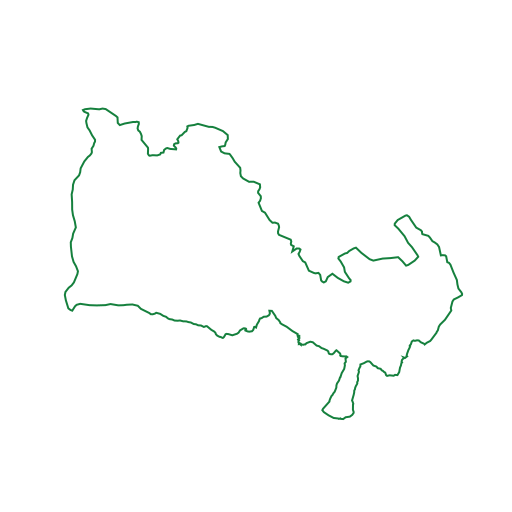 the district of Mehadica, Caras-Severin, Romania, rotated 349°
{"feature_id": "2599482B63819893367743", "entity_name": "Mehadica", "entity_type": "district", "adm_level": 2, "iso_a3": "ROU", "parent_name": "Romania", "parent_adm1": "Caras-Severin", "projection": "robinson", "projection_center": [22.203, 45.07], "detail": "fine", "context": "isolated", "style": "outline", "palette": "green", "viewbox_px": 512, "rotation_deg": 349, "n_neighbors": 0, "source": "geoboundaries", "source_scale": "gbopen_adm2", "svg_char_len": 6114}
<svg xmlns="http://www.w3.org/2000/svg" viewBox="0 0 512 512"><g transform="rotate(349 256 256)"><path d="M404.7,375.0L407.2,373.7L410.7,372.7L412.0,371.7L418.6,365.7L419.0,364.9L420.3,363.7L422.0,360.2L423.7,358.4L429.3,354.7L437.3,346.8L437.3,344.2L440.2,338.1L441.9,336.4L446.4,335.2L450.7,333.7L451.1,332.6L450.7,330.9L448.5,326.6L448.3,322.3L448.6,317.9L446.7,309.8L445.2,301.6L444.1,299.5L442.6,298.6L442.6,292.6L441.8,291.5L441.2,291.3L439.5,290.8L437.6,290.7L437.4,282.1L436.2,279.2L434.0,276.8L432.0,275.1L430.2,271.0L429.0,269.1L423.5,266.3L423.4,265.0L423.6,263.7L422.8,262.2L418.7,258.7L414.9,249.9L413.8,246.7L411.9,244.8L410.3,244.9L402.0,247.7L398.4,250.7L398.0,252.2L400.9,256.3L405.6,264.9L407.8,272.1L410.8,277.1L414.7,286.1L415.1,287.7L410.9,290.8L403.8,293.8L401.5,294.1L398.7,289.1L395.3,284.3L387.5,283.7L379.9,282.7L370.3,282.9L366.9,280.8L360.0,273.0L355.7,266.9L353.3,267.2L348.4,268.9L346.1,270.4L343.8,270.5L337.0,272.7L336.4,274.2L338.1,277.6L340.3,284.0L340.2,288.5L343.1,295.6L344.3,297.7L343.9,299.0L341.4,299.8L337.4,297.6L332.1,293.1L327.6,288.0L322.4,290.4L319.7,294.2L317.5,294.9L316.1,293.7L315.3,292.4L315.4,286.8L314.1,284.5L311.1,284.4L309.6,283.7L305.1,280.5L303.1,271.7L301.0,270.0L298.6,264.3L298.1,262.1L299.7,260.2L300.9,258.1L299.8,256.9L297.4,256.4L292.5,258.5L294.9,253.7L292.6,251.8L292.5,250.6L293.4,248.5L293.2,246.6L282.6,239.6L282.0,237.9L282.3,236.1L284.2,232.1L284.2,230.3L283.8,228.5L281.0,226.8L278.5,226.5L276.2,223.3L273.1,215.2L270.4,212.9L268.7,204.2L270.5,202.6L271.8,200.3L272.1,198.2L270.1,194.4L270.5,192.8L272.1,191.2L273.2,189.4L273.5,186.4L268.0,182.7L263.3,181.8L258.1,177.4L256.4,174.8L256.4,171.6L257.1,169.1L257.3,166.4L253.1,159.4L251.7,155.4L249.9,151.5L249.4,150.7L244.7,149.2L241.7,146.8L240.8,142.1L243.5,141.9L246.2,142.1L247.0,141.0L247.9,138.7L250.7,135.8L251.3,131.9L247.4,127.1L240.4,122.3L237.9,121.0L234.3,120.2L224.2,115.2L220.4,115.6L214.6,115.3L213.3,115.7L213.3,117.1L211.4,120.2L209.8,120.6L206.0,123.3L204.5,123.3L201.0,126.4L201.6,128.4L201.5,130.0L200.7,130.4L198.6,130.1L197.0,130.6L196.4,132.0L197.9,134.3L198.2,135.3L197.9,136.1L192.2,134.5L189.6,133.1L188.3,133.2L186.1,134.3L184.9,136.8L182.3,136.6L181.3,138.0L178.2,138.4L173.7,137.3L170.8,137.3L170.1,136.8L169.4,135.0L170.5,130.4L170.6,129.0L165.8,120.2L166.7,116.5L166.4,114.2L165.7,111.8L164.4,110.3L164.1,108.2L164.8,106.3L166.2,104.0L166.4,102.3L164.6,101.4L163.2,101.5L160.9,101.0L152.4,100.9L147.3,101.5L145.7,99.0L146.5,93.5L145.2,91.8L136.5,83.1L133.5,82.0L130.1,82.1L121.8,79.7L116.2,79.3L114.0,79.7L114.3,80.7L114.9,81.6L118.4,84.0L118.5,85.4L116.6,88.1L115.0,91.0L114.9,93.2L115.1,97.6L116.6,100.9L118.1,106.2L120.2,111.2L119.8,113.0L118.7,114.3L117.5,116.8L115.1,119.3L114.7,122.8L114.0,124.0L112.1,125.6L109.9,126.7L105.5,130.4L100.6,136.5L99.4,140.2L97.7,143.1L92.3,147.0L90.0,151.1L88.8,155.8L86.8,160.3L85.8,167.9L84.4,175.4L84.1,181.0L84.7,187.3L84.6,193.6L80.8,199.1L79.2,203.3L76.8,207.2L76.1,211.5L75.3,221.2L75.8,227.0L77.4,231.8L78.3,237.0L77.2,239.7L72.2,247.2L69.4,249.7L66.1,251.4L62.1,254.9L60.9,257.8L60.9,263.2L61.8,271.6L63.6,273.6L65.2,274.6L68.8,270.8L70.6,269.7L74.3,269.4L83.2,272.5L90.2,274.1L98.8,275.5L104.0,275.4L111.5,278.2L116.5,279.0L119.9,279.2L125.4,280.0L130.5,282.3L132.9,285.9L140.6,291.8L141.5,293.0L143.4,293.5L145.7,293.3L147.2,292.7L150.9,294.5L153.6,297.1L156.1,298.5L157.6,300.4L158.9,301.4L161.7,302.4L163.7,303.8L166.8,304.6L169.1,304.8L172.0,306.2L175.1,306.9L177.1,308.0L179.3,308.8L181.9,310.9L184.1,311.6L186.0,313.0L188.7,313.7L191.3,315.7L193.6,315.3L194.5,315.6L198.1,320.0L200.6,322.2L201.5,323.6L201.7,325.1L202.7,326.7L204.8,328.4L205.8,328.7L207.5,330.0L208.2,330.0L209.2,329.3L211.2,327.0L212.1,326.8L214.0,327.4L217.6,329.3L222.5,328.7L224.3,327.9L226.1,326.0L229.9,324.6L231.3,324.9L232.3,325.5L232.4,325.9L231.3,326.8L231.3,327.1L233.5,328.5L235.0,329.0L237.7,329.1L239.2,328.0L240.7,325.3L241.5,325.3L242.4,326.2L243.8,323.5L246.5,320.5L247.3,319.0L248.1,318.1L249.5,318.1L252.0,317.1L254.9,317.5L257.2,316.7L258.0,316.1L258.7,314.8L258.7,312.3L261.1,312.9L263.5,318.4L264.0,320.8L266.0,323.2L267.1,325.7L267.1,326.6L268.6,328.1L272.6,331.3L277.4,336.6L282.0,340.6L281.6,341.4L282.0,342.2L282.6,342.4L282.3,342.6L282.6,343.0L281.7,343.1L281.7,343.3L281.9,343.8L282.2,343.6L283.0,344.4L282.9,345.0L281.3,346.0L281.5,346.5L282.1,346.6L282.3,346.9L281.4,347.8L281.2,348.9L281.6,349.3L281.3,350.5L282.2,350.3L282.3,351.0L282.8,351.5L282.8,350.9L283.2,350.7L284.0,351.7L285.7,352.2L286.6,352.0L287.6,352.2L288.9,351.2L292.9,350.5L295.3,351.5L298.4,355.5L300.7,356.6L302.8,358.9L304.6,359.9L308.0,362.4L308.7,363.4L308.9,365.5L309.3,366.1L310.9,366.8L312.3,367.0L313.8,366.2L316.4,364.1L317.0,363.9L319.9,367.7L320.1,368.6L319.7,369.8L320.0,370.3L322.2,371.1L325.6,371.8L326.3,372.6L324.3,373.7L324.0,377.0L322.5,378.3L322.4,380.3L321.0,383.7L317.8,387.3L315.7,391.1L315.3,391.2L313.7,394.1L311.2,396.6L310.3,398.3L309.7,400.6L307.3,404.3L305.8,405.5L304.4,407.2L303.5,407.7L301.7,410.1L300.6,411.9L300.3,412.9L292.7,418.7L291.7,420.0L292.8,422.2L296.8,426.2L301.3,429.8L305.7,431.2L306.3,431.7L307.8,431.5L308.2,432.1L310.5,432.7L313.2,431.4L317.5,431.6L320.2,430.3L321.9,428.6L322.1,427.7L321.8,425.4L322.9,420.2L323.3,419.7L323.0,417.1L322.7,416.2L325.4,410.9L326.3,408.8L326.8,406.8L327.7,405.7L328.2,404.3L329.1,402.9L330.8,400.9L331.2,400.2L331.2,399.2L332.3,397.8L332.8,395.5L332.8,393.2L334.8,389.7L335.0,389.0L334.8,387.8L336.6,385.1L337.3,384.5L337.8,382.4L341.4,381.8L344.4,380.8L345.7,380.7L347.1,381.1L348.0,382.0L350.3,385.9L352.9,387.4L353.6,388.3L354.0,389.3L356.8,390.5L357.6,392.2L358.6,392.9L359.5,394.2L360.6,395.1L361.0,397.8L361.8,398.7L364.4,398.6L368.3,399.8L369.8,399.2L372.1,399.9L374.4,397.3L376.1,393.0L377.4,391.1L378.2,389.1L379.1,388.3L378.7,387.7L379.4,386.0L380.9,384.8L382.1,384.5L381.7,383.8L382.9,384.5L385.2,383.3L384.8,382.7L385.7,380.7L387.6,377.5L389.6,374.9L389.8,373.5L390.2,373.5L390.3,372.9L391.2,372.2L392.6,369.7L394.4,368.9L395.8,369.6L398.0,369.5L399.7,370.0L401.3,372.1L404.5,374.4L404.7,375.0Z" fill="none" stroke="#15803d" stroke-width="2"/></g></svg>